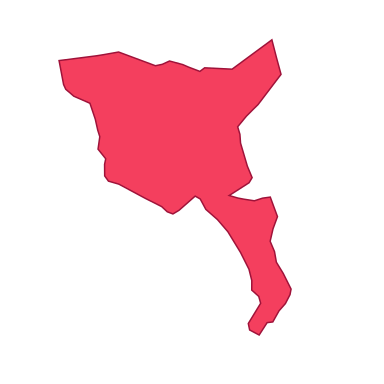 Brejinho, Pernambuco, Brazil (Mercator projection), rotated 260°
{"feature_id": "56859067B9303192166892", "entity_name": "Brejinho", "entity_type": "district", "adm_level": 2, "iso_a3": "BRA", "parent_name": "Brazil", "parent_adm1": "Pernambuco", "projection": "mercator", "projection_center": [-37.342, -7.335], "detail": "fine", "context": "isolated", "style": "filled", "palette": "rose", "viewbox_px": 384, "rotation_deg": 260, "n_neighbors": 0, "source": "geoboundaries", "source_scale": "gbopen_adm2", "svg_char_len": 1088}
<svg xmlns="http://www.w3.org/2000/svg" viewBox="0 0 384 384"><g transform="rotate(260 192 192)"><path d="M39.5,233.3L50.3,243.3L50.0,249.0L59.9,257.1L65.9,264.6L73.9,270.7L79.2,272.7L96.0,267.7L102.6,265.1L108.2,262.9L119.0,262.9L129.9,260.4L141.7,265.4L152.9,271.9L162.8,270.1L173.4,268.2L173.7,260.4L172.5,251.9L175.9,241.9L178.1,236.1L182.1,228.0L191.2,249.8L195.7,253.7L207.8,251.0L231.7,248.3L240.5,249.2L248.3,248.3L257.2,258.7L262.7,266.5L266.6,272.2L292.4,300.1L309.9,298.5L328.0,297.1L306.0,252.8L310.1,234.9L312.1,226.0L309.4,220.7L315.6,210.3L319.1,205.0L324.9,192.6L322.9,184.9L322.7,177.9L342.6,144.0L342.6,128.7L342.7,121.9L344.5,83.9L320.1,84.2L315.1,85.5L306.8,92.3L297.1,106.9L280.5,109.4L269.4,109.9L262.5,110.8L250.5,106.9L239.7,112.8L234.4,110.7L223.0,108.8L217.2,111.6L212.5,121.2L193.7,145.1L182.9,159.6L176.8,164.2L173.7,169.4L176.2,176.0L187.4,194.4L183.7,198.9L172.5,202.6L160.4,212.3L146.7,220.4L124.0,229.3L106.0,234.7L94.4,235.5L85.0,233.8L77.6,239.6L70.5,240.3L52.7,224.6L46.1,224.8L39.5,233.3Z" fill="#f43f5e" stroke="#9f1239" stroke-width="1.5"/></g></svg>